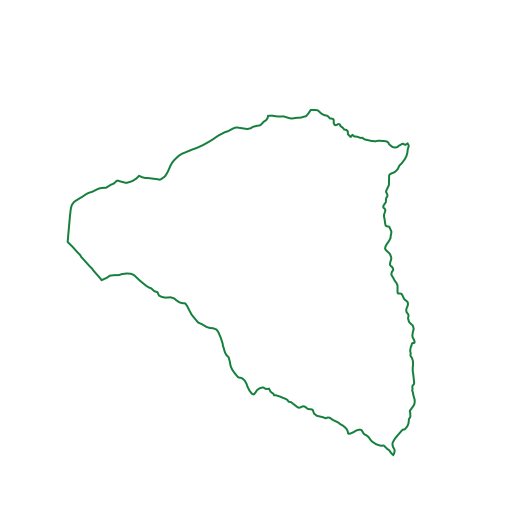 Consacá, Nariño, Colombia (Robinson projection), rotated 195°
{"feature_id": "7082276B44735629456030", "entity_name": "Consacá", "entity_type": "district", "adm_level": 2, "iso_a3": "COL", "parent_name": "Colombia", "parent_adm1": "Nariño", "projection": "robinson", "projection_center": [-77.462, 1.209], "detail": "fine", "context": "isolated", "style": "outline", "palette": "green", "viewbox_px": 512, "rotation_deg": 195, "n_neighbors": 0, "source": "geoboundaries", "source_scale": "gbopen_adm2", "svg_char_len": 6058}
<svg xmlns="http://www.w3.org/2000/svg" viewBox="0 0 512 512"><g transform="rotate(195 256 256)"><path d="M84.8,226.4L86.0,228.6L86.7,229.5L88.8,230.5L90.9,231.8L91.4,232.4L92.8,234.7L93.1,235.8L93.2,237.7L93.4,238.3L94.1,239.3L95.8,240.5L96.3,241.3L96.8,242.3L97.0,243.4L97.0,244.6L96.6,247.4L96.7,248.5L97.1,249.8L97.4,250.4L98.0,251.0L100.7,252.2L101.9,253.0L105.2,256.8L106.3,257.2L108.8,256.6L109.5,256.9L110.0,257.8L111.2,262.5L111.8,264.4L113.5,266.4L115.9,268.3L117.9,270.5L120.0,272.5L120.4,273.0L120.6,274.1L120.7,275.6L120.0,277.5L119.9,278.0L120.1,278.7L120.5,279.4L121.7,280.6L123.0,281.1L124.1,281.9L124.3,282.3L124.7,284.5L124.6,288.2L124.8,289.0L125.2,289.9L126.7,292.0L127.3,292.6L127.9,293.1L132.0,295.3L132.7,295.9L133.3,296.8L133.4,298.2L133.1,299.9L132.9,300.9L131.4,305.0L130.7,308.3L131.1,310.1L131.2,312.8L131.5,314.4L131.8,315.0L134.6,318.4L135.0,318.7L135.6,318.7L137.7,318.6L138.6,318.9L139.6,320.7L141.5,325.2L142.6,327.3L143.0,328.9L142.8,333.3L143.1,333.9L143.9,335.0L145.3,335.6L145.7,336.1L145.8,336.5L145.9,337.3L145.8,338.0L144.6,341.4L144.7,342.8L145.1,344.0L145.2,345.3L145.2,345.9L144.6,347.2L144.7,348.5L145.0,349.1L145.7,350.2L146.9,351.4L147.1,351.9L147.0,353.2L146.4,356.3L146.0,359.0L148.2,368.0L148.2,368.6L147.9,369.4L147.2,370.3L144.1,372.6L142.8,374.3L141.5,376.9L141.2,378.8L140.9,380.4L139.1,383.6L137.4,387.8L136.6,391.3L136.5,394.6L137.0,398.1L137.0,399.7L136.9,401.4L137.1,402.2L137.6,402.8L138.7,403.9L140.6,402.0L141.3,402.0L142.7,402.5L143.4,402.3L143.9,402.0L146.6,399.4L147.5,398.0L147.9,397.6L149.5,396.9L150.8,396.6L152.6,396.7L155.8,398.1L156.4,398.5L157.6,399.8L158.6,400.3L160.9,400.4L167.4,399.1L170.9,397.5L173.0,397.3L173.9,397.0L178.0,396.9L180.8,396.7L182.1,397.0L183.7,397.7L185.7,397.1L189.4,397.4L192.3,396.9L193.5,397.7L194.1,397.9L194.7,397.2L195.2,395.7L195.4,395.6L195.7,395.6L196.2,395.8L196.9,396.4L198.3,397.1L198.8,397.6L199.5,399.8L199.8,400.4L201.4,401.2L202.6,401.0L203.7,401.1L205.8,402.6L208.0,403.3L208.6,404.3L209.4,404.8L210.2,404.8L210.8,404.6L212.0,403.5L212.8,403.0L213.6,402.9L214.0,403.0L215.4,404.6L216.0,407.1L216.2,407.6L217.1,408.3L218.8,408.3L220.1,408.0L222.5,409.5L223.9,409.9L224.6,409.9L225.9,409.7L228.6,410.1L230.2,410.7L233.4,412.4L234.6,412.7L237.6,412.1L240.8,411.3L241.3,410.2L242.3,407.2L243.7,404.2L244.5,403.6L246.6,402.5L247.6,401.8L248.7,401.2L252.7,399.9L256.4,398.3L257.8,397.9L260.0,397.8L265.4,398.0L269.4,396.8L271.8,396.3L275.5,395.8L276.6,395.8L280.6,394.5L280.5,392.7L281.1,390.5L281.5,389.7L283.6,387.3L284.4,385.5L285.2,384.2L286.0,383.2L286.8,382.8L288.6,382.1L292.5,379.9L293.1,379.3L293.9,378.2L297.2,376.4L307.8,375.2L309.4,374.5L311.4,373.0L315.2,369.4L318.3,367.4L323.5,362.6L328.3,357.0L330.9,354.3L335.8,349.5L341.1,345.1L344.8,342.6L354.1,335.5L356.2,333.2L357.6,331.2L359.9,327.3L361.3,324.0L362.0,321.2L362.9,315.1L363.6,312.2L364.3,310.0L365.0,308.7L366.5,307.0L367.2,306.0L368.0,305.3L369.1,304.7L370.8,304.7L380.1,303.4L383.2,302.7L386.2,302.6L388.5,303.0L389.8,303.1L391.5,300.0L394.5,296.7L395.5,295.9L399.3,293.5L400.2,293.1L400.8,293.0L404.6,292.9L408.4,293.0L409.2,293.0L409.7,292.8L410.4,292.0L411.5,290.1L412.3,289.0L414.7,287.2L418.5,283.1L421.5,282.2L424.2,281.1L426.5,279.5L430.6,275.8L433.9,273.7L435.1,272.7L437.2,270.5L439.2,268.1L440.6,266.8L444.7,262.4L445.9,260.8L447.0,257.9L447.2,255.9L447.0,252.9L446.1,246.7L441.6,221.0L441.1,220.5L435.7,217.5L430.6,214.1L426.2,211.5L424.3,209.6L423.5,209.2L413.5,202.7L410.9,201.3L409.5,200.0L400.9,194.3L398.9,192.7L394.5,196.3L392.0,199.2L387.7,200.9L383.4,202.1L380.9,203.8L376.2,205.7L371.9,206.5L368.7,205.9L362.1,202.3L355.1,199.1L351.9,198.0L348.8,197.6L345.1,195.7L341.8,195.5L339.5,192.7L336.5,192.1L332.8,192.3L327.8,194.0L323.9,193.8L321.7,192.7L318.4,191.5L315.5,191.3L312.1,191.9L309.7,190.0L306.7,186.6L302.9,182.6L294.8,176.8L290.1,176.0L285.6,174.7L282.3,174.5L278.6,175.1L275.0,174.7L272.2,172.2L268.6,167.5L265.3,162.3L264.8,160.8L263.4,158.8L261.4,155.4L260.8,154.6L258.9,152.6L256.5,151.3L256.0,150.7L253.9,147.1L253.0,145.1L252.0,143.1L249.7,140.2L246.4,137.4L242.2,134.4L241.4,134.2L238.8,134.4L237.5,134.2L234.5,132.6L232.2,130.2L230.4,127.6L227.5,124.3L224.6,122.1L223.5,121.7L222.5,121.7L222.0,122.1L220.7,125.3L220.5,126.2L220.1,126.9L218.4,129.0L217.6,129.6L215.8,130.6L214.9,130.9L212.6,130.2L210.8,130.4L209.1,131.2L206.8,128.7L204.7,127.8L204.1,127.7L203.4,127.3L202.6,126.2L200.8,126.6L200.2,126.6L196.2,126.4L193.1,125.9L190.6,125.7L188.4,125.1L187.7,124.4L186.9,123.9L186.3,123.7L184.5,123.9L183.7,123.6L177.0,120.8L175.6,120.5L174.8,120.7L173.7,121.4L173.2,122.0L171.7,122.9L170.9,123.2L169.4,123.0L166.7,121.8L165.6,121.7L162.9,122.2L161.6,122.1L161.1,121.7L159.5,119.3L159.0,118.7L155.8,117.4L149.7,117.6L146.8,117.3L146.2,117.5L145.1,118.5L143.7,118.8L142.7,118.8L139.6,117.6L133.3,116.4L131.2,115.4L128.3,114.7L126.0,113.7L123.8,112.4L122.3,110.8L121.2,108.7L120.6,108.3L119.8,108.5L118.4,109.3L116.2,111.1L114.5,112.9L113.3,113.9L111.2,115.0L110.3,115.2L109.2,115.2L108.4,114.6L106.0,112.3L105.0,111.8L102.9,111.3L101.7,110.9L100.1,110.0L97.5,107.8L95.8,106.8L91.7,105.4L89.1,105.1L85.8,105.1L84.1,105.9L83.3,105.9L79.1,103.5L77.0,102.8L74.9,101.0L72.7,99.6L71.9,99.3L71.5,101.4L71.6,103.0L71.7,103.8L72.4,105.2L73.9,106.7L75.0,108.2L75.6,110.1L75.6,111.6L74.6,115.3L73.8,117.2L70.4,124.3L69.5,126.0L69.2,126.3L67.8,126.8L67.1,127.7L66.2,129.7L65.7,131.1L65.4,133.6L65.6,135.5L65.9,137.0L66.0,138.4L65.6,139.3L65.4,140.5L65.4,141.1L66.4,144.4L67.1,145.4L67.3,146.5L66.7,147.9L65.2,151.9L64.8,153.3L64.8,155.2L65.1,156.8L65.6,158.3L68.2,162.7L69.2,164.9L70.3,166.5L70.4,168.3L71.1,169.8L71.2,171.2L71.1,171.7L70.7,172.1L70.5,172.5L70.3,173.5L70.4,174.5L74.0,183.7L74.9,185.5L75.2,187.1L75.7,188.4L75.9,190.1L76.7,193.6L77.6,195.8L78.4,197.0L79.2,198.1L80.2,198.9L80.8,199.5L81.2,200.4L81.5,202.3L82.4,204.0L82.7,205.2L82.9,208.3L82.9,208.9L82.6,209.7L82.7,211.7L82.1,212.5L80.9,212.8L80.7,213.0L80.5,213.9L81.2,215.2L82.0,216.3L83.5,217.8L84.3,219.3L84.8,222.8L84.8,226.4Z" fill="none" stroke="#15803d" stroke-width="2"/></g></svg>